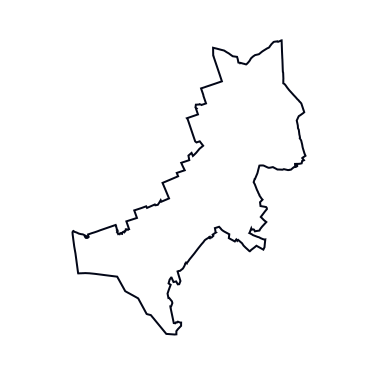 Skrudalienas pag., Daugavpils, Latvia, rotated 71°
{"feature_id": "27541924B90123945749328", "entity_name": "Skrudalienas pag.", "entity_type": "district", "adm_level": 2, "iso_a3": "LVA", "parent_name": "Latvia", "parent_adm1": "Daugavpils", "projection": "orthographic", "projection_center": [26.749, 55.754], "detail": "fine", "context": "isolated", "style": "outline", "palette": "ink", "viewbox_px": 384, "rotation_deg": 71, "n_neighbors": 0, "source": "geoboundaries", "source_scale": "gbopen_adm2", "svg_char_len": 5736}
<svg xmlns="http://www.w3.org/2000/svg" viewBox="0 0 384 384"><g transform="rotate(71 192 192)"><path d="M77.8,57.9L77.7,58.4L77.9,59.0L78.0,61.8L77.2,62.4L77.3,62.8L77.2,63.4L77.0,63.9L76.9,64.4L76.7,65.7L76.8,66.2L77.4,67.3L78.0,68.6L79.1,70.2L79.6,71.0L80.0,71.4L80.3,71.9L80.5,72.3L80.7,74.3L81.6,78.2L81.9,79.4L82.2,80.4L83.1,82.8L83.5,83.9L83.1,87.8L83.7,90.0L84.0,90.8L84.9,92.8L86.6,94.7L87.6,96.3L87.9,96.8L88.9,98.8L89.0,99.3L88.0,100.7L87.9,100.8L87.3,101.8L85.7,104.1L85.8,104.4L85.7,104.4L84.7,106.0L81.3,105.5L78.9,105.4L76.9,109.3L74.1,111.3L72.9,112.1L71.1,113.7L70.2,114.4L68.7,115.6L67.0,118.2L64.4,122.1L62.5,125.1L69.5,127.4L70.4,127.4L70.4,127.5L89.4,127.6L97.1,127.7L97.1,134.6L97.0,149.7L103.8,149.7L104.4,149.8L104.9,149.9L112.8,149.9L112.8,154.7L112.6,154.8L112.3,155.1L112.0,155.5L111.5,156.2L111.7,156.4L110.7,159.9L113.2,161.2L114.6,160.4L114.8,161.1L120.6,161.1L120.6,172.8L121.8,172.4L124.2,172.4L141.3,172.5L145.2,172.5L146.6,171.6L146.6,168.2L151.9,166.4L153.6,170.9L156.3,175.3L157.7,178.2L158.2,179.4L154.9,179.7L156.4,183.5L158.4,183.8L161.0,184.2L160.9,192.7L164.2,192.4L169.1,191.8L169.0,200.2L172.6,200.0L172.7,201.1L173.3,209.4L173.8,216.9L180.9,216.4L190.6,215.8L191.2,224.2L189.6,224.3L191.7,226.8L193.0,228.6L192.9,228.8L192.8,230.0L192.6,231.0L191.7,231.2L192.4,239.7L190.6,240.0L190.7,245.1L190.6,252.6L198.6,252.5L198.4,263.6L206.6,263.6L206.5,264.3L206.9,264.9L206.2,265.7L205.8,266.3L205.7,266.7L206.7,267.1L206.7,267.5L206.8,267.7L207.4,267.9L207.6,268.2L207.3,268.6L207.9,269.2L207.3,269.5L207.4,270.5L208.0,271.3L208.8,271.8L208.6,272.1L208.1,272.3L207.7,272.1L207.6,272.4L207.7,273.1L208.3,274.0L208.1,274.1L207.7,274.2L207.6,274.4L207.8,275.5L206.7,275.7L206.0,275.7L205.5,275.6L205.3,275.9L204.7,275.5L204.6,275.0L204.2,275.2L203.6,275.0L203.3,275.4L202.7,275.1L201.8,275.1L200.9,275.0L199.9,275.1L199.5,274.8L198.3,274.9L198.3,278.7L198.3,279.5L198.3,291.4L198.4,294.1L198.4,297.3L198.3,300.2L198.3,304.0L198.5,304.0L199.0,304.3L199.5,304.4L200.8,304.3L201.3,305.4L201.3,306.1L200.9,307.2L200.2,307.6L198.9,307.8L198.7,307.5L198.9,307.3L199.0,307.1L199.3,306.9L199.4,306.6L199.5,306.5L199.7,306.4L199.9,306.5L200.1,306.5L200.1,306.3L200.0,306.2L199.8,306.1L199.0,306.5L198.5,307.1L197.0,308.5L196.8,308.7L196.2,309.6L196.0,310.1L195.5,311.0L194.3,312.8L193.8,313.2L193.2,313.8L192.1,315.1L191.4,316.1L190.8,316.5L190.3,316.7L190.4,317.4L191.2,318.1L193.4,318.7L195.9,319.2L197.3,319.5L205.2,321.1L212.2,322.2L231.6,326.1L231.9,326.1L234.1,318.8L234.3,318.4L235.4,315.6L237.8,310.4L240.7,304.5L241.2,303.5L242.1,301.7L247.7,290.3L264.1,287.4L272.7,279.6L275.1,277.5L284.1,276.0L290.7,274.9L292.5,274.6L292.9,274.2L295.0,271.0L317.8,262.5L321.1,254.8L321.5,253.1L318.5,252.1L317.1,250.0L315.0,245.9L311.9,244.8L311.4,246.0L310.0,247.6L310.5,248.7L310.0,249.4L310.7,250.5L310.0,251.9L294.7,250.0L294.7,249.9L293.1,249.7L293.3,248.9L290.6,246.7L288.8,246.6L284.7,248.1L284.6,248.8L280.1,248.2L277.2,246.0L272.8,242.4L270.8,243.9L267.6,241.7L266.1,239.6L266.3,239.2L271.1,238.8L271.4,236.1L274.7,235.5L275.0,234.1L272.4,231.9L266.1,231.7L262.4,231.5L262.4,230.0L262.6,229.2L262.6,228.7L262.2,227.7L262.0,227.4L261.8,226.5L261.6,225.9L261.3,225.4L261.0,225.0L260.4,224.3L259.3,223.1L258.5,222.4L257.4,221.7L257.1,221.0L256.8,220.6L257.8,220.1L257.2,219.6L256.5,218.4L255.0,216.4L250.7,209.5L249.6,207.9L247.2,204.3L244.8,200.5L244.1,199.3L243.2,197.7L242.0,196.0L241.7,195.5L241.3,194.2L240.8,192.1L240.8,191.9L240.7,191.4L240.6,190.9L241.2,190.5L241.5,190.2L241.3,190.0L241.2,189.8L241.2,189.5L240.1,189.8L240.1,189.6L241.2,189.4L241.3,189.0L241.4,188.3L240.8,186.9L240.4,186.1L239.1,186.4L238.9,185.9L239.0,185.5L238.7,184.9L238.5,184.4L238.1,182.5L237.7,182.8L235.0,182.3L233.6,182.1L233.7,178.2L233.7,177.7L236.2,176.6L236.7,176.5L237.2,176.3L238.5,175.5L240.0,174.3L244.1,170.5L247.6,172.2L252.7,167.6L251.3,165.6L252.9,165.1L252.7,164.8L252.3,164.0L256.4,161.6L256.7,161.4L259.5,160.7L262.1,159.4L263.9,158.4L266.7,156.9L266.8,156.7L266.7,156.6L266.7,156.2L266.6,155.9L266.1,155.1L264.7,150.9L263.8,148.6L269.7,143.3L267.8,141.4L265.5,140.4L260.8,138.2L260.8,138.5L260.4,139.0L260.4,139.3L259.8,140.0L259.5,140.5L259.1,140.9L258.3,141.8L258.1,142.0L257.9,142.3L257.5,142.6L257.1,142.9L256.3,143.8L256.1,144.2L255.7,144.7L252.5,148.5L251.6,149.1L249.5,151.1L249.4,150.9L245.7,147.8L247.1,147.8L247.2,146.4L247.8,145.6L249.7,145.3L249.9,143.6L250.4,140.8L249.1,139.4L248.4,138.3L247.5,136.9L244.6,131.5L242.1,133.1L238.0,135.1L237.0,133.6L234.1,129.3L232.5,126.7L231.4,126.5L230.4,126.8L229.5,128.3L227.6,131.8L223.8,131.0L222.2,127.8L221.1,128.3L217.2,129.4L216.8,129.2L214.4,129.6L213.3,129.6L211.2,129.9L205.3,130.1L202.8,130.5L200.1,128.5L200.2,128.2L195.5,124.0L193.5,122.7L193.0,122.4L189.0,119.7L189.1,119.1L189.3,118.3L189.9,116.5L190.1,116.1L190.4,115.6L193.3,112.6L193.9,111.9L194.0,111.7L194.4,110.4L194.5,109.6L194.8,107.4L198.2,104.2L198.5,104.0L198.5,103.9L200.4,99.1L200.3,97.7L202.6,94.0L202.6,93.7L202.9,92.6L202.8,92.3L202.9,92.0L203.1,91.3L203.0,91.0L201.7,87.7L202.1,85.7L201.8,84.1L201.0,83.9L200.6,85.9L199.0,85.4L200.0,82.3L200.4,80.8L200.6,79.0L198.4,77.6L198.5,76.7L198.4,75.8L195.8,76.7L195.6,76.3L194.7,72.9L192.2,73.1L186.6,72.9L185.4,72.8L183.1,72.4L178.8,72.0L176.2,72.6L175.8,72.2L174.1,71.9L172.7,71.8L168.1,70.8L166.1,71.0L163.6,70.3L158.5,69.7L157.7,68.9L156.3,67.6L155.3,66.6L155.2,66.5L155.0,66.2L154.7,64.8L153.6,61.1L153.1,59.9L143.9,59.8L142.3,60.4L141.7,60.8L139.7,61.5L138.9,62.0L137.7,62.5L136.2,63.1L133.1,64.5L127.2,67.0L124.3,68.0L121.5,68.8L120.0,69.4L119.0,70.3L115.3,69.0L114.6,68.7L109.0,67.0L108.3,66.9L108.1,67.0L105.7,66.3L99.5,64.4L95.5,63.2L95.4,63.2L88.6,61.2L77.8,57.9Z" fill="none" stroke="#020617" stroke-width="2"/></g></svg>